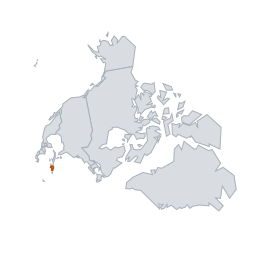 where Dominican Republic sits in North America, rotated 80°
{"feature_id": "DOM", "entity_name": "Dominican Republic", "entity_type": "country or territory", "adm_level": 0, "iso_a3": "DOM", "parent_name": "North America", "parent_adm1": "", "projection": "mercator", "projection_center": [-70.506, 18.775], "detail": "fine", "context": "in_parent", "style": "filled", "palette": "amber", "viewbox_px": 256, "rotation_deg": 80, "n_neighbors": 17, "source": "natural_earth", "source_scale": "50m", "svg_char_len": 9420}
<svg xmlns="http://www.w3.org/2000/svg" viewBox="0 0 256 256"><g transform="rotate(80 128 128)"><path d="M90.3,164.2L86.9,161.5L84.7,160.7L84.2,157.8L80.9,153.8L81.5,150.3L74.9,141.4L72.5,143.5L68.1,140.1L68.1,112.6L73.6,115.4L82.6,112.4L83.8,109.9L86.7,113.4L88.4,111.0L88.5,113.7L92.0,112.3L99.6,115.4L101.2,117.1L99.5,118.8L101.7,119.4L106.0,118.5L107.3,120.4L108.7,118.8L107.4,117.4L108.2,116.3L110.7,115.8L116.4,119.6L120.1,119.1L120.0,117.1L121.0,116.5L122.9,117.6L122.9,120.7L125.2,114.9L122.5,111.3L122.6,107.2L124.0,104.4L126.9,106.7L128.6,110.9L127.5,112.7L129.7,113.4L129.7,116.9L131.4,114.2L132.8,116.4L132.5,118.8L133.6,121.0L135.8,115.8L135.9,112.0L139.4,112.8L141.1,114.5L140.2,118.0L140.9,121.3L135.6,123.0L133.7,128.3L129.5,131.5L125.2,138.7L124.7,143.4L126.5,143.8L127.6,147.7L139.8,152.0L140.0,155.9L142.7,160.0L144.3,157.3L142.8,153.0L146.8,148.9L144.4,143.8L145.9,141.3L144.9,135.0L150.1,134.7L155.3,138.3L155.7,143.4L157.7,145.1L161.4,140.1L165.3,148.0L164.8,149.4L170.3,153.1L172.2,155.9L172.3,158.2L167.0,161.9L159.2,161.9L153.5,168.2L160.9,163.8L162.0,164.7L160.8,165.9L161.6,169.2L163.2,170.1L165.2,169.8L166.4,167.8L167.3,169.8L160.5,173.9L159.6,173.7L159.5,172.3L161.6,170.9L158.3,171.1L157.5,167.7L155.8,167.1L153.0,171.4L148.9,171.4L139.6,177.0L138.8,176.5L140.0,173.8L139.5,170.8L132.4,165.5L128.4,165.8L124.5,163.5L90.3,164.2ZM137.7,134.7L138.6,133.4L140.3,133.5L138.9,135.4L137.7,134.7ZM142.9,100.9L141.6,97.1L147.2,100.8L144.6,100.6L142.9,100.9ZM143.0,136.8L142.7,134.8L143.5,135.4L143.0,136.8ZM126.0,91.3L125.3,93.1L122.1,91.5L124.5,88.0L126.0,91.3ZM125.7,78.2L122.9,78.0L122.5,76.4L125.0,76.5L125.7,78.2ZM119.9,70.1L123.6,72.9L121.5,76.3L119.9,70.1ZM142.8,91.5L127.4,91.9L125.7,84.7L121.7,82.4L128.4,82.2L131.4,88.2L141.2,87.7L142.8,91.5ZM102.7,75.1L106.2,75.4L101.7,77.0L102.7,75.1ZM104.1,70.2L106.4,71.8L102.9,73.0L104.1,70.2ZM172.4,159.8L171.0,162.7L175.0,163.7L174.6,165.1L175.5,164.8L176.0,166.9L175.5,168.5L174.2,168.2L174.1,166.5L172.7,168.1L171.6,166.7L167.9,166.8L170.3,161.0L172.4,159.8ZM135.4,125.5L140.7,130.5L142.5,131.2L138.8,130.2L135.9,133.1L133.8,131.7L135.4,125.5ZM141.7,103.9L145.3,101.1L156.3,109.7L158.5,114.5L156.3,116.0L164.8,122.1L162.3,127.6L158.8,123.5L157.3,123.9L157.1,125.6L161.3,132.1L160.9,134.1L156.3,131.2L159.5,136.0L156.2,135.0L148.9,128.6L144.4,128.9L145.2,126.7L150.0,126.3L151.6,120.7L150.8,118.2L143.9,111.0L132.0,110.1L131.0,108.8L132.3,107.1L130.5,107.1L130.2,103.2L132.4,97.8L135.5,96.6L134.6,99.4L135.6,102.0L139.8,96.8L141.9,101.2L141.7,103.9ZM123.1,98.2L127.5,95.3L129.8,96.4L123.8,103.9L123.1,98.2ZM90.3,85.7L94.9,78.2L98.4,77.5L97.3,83.6L90.3,85.7ZM77.8,155.6L79.4,154.1L79.1,156.5L80.1,158.1L77.8,155.6ZM111.5,67.3L117.2,70.5L118.6,75.9L111.9,73.1L113.1,71.3L111.5,67.3ZM89.5,165.1L86.9,164.5L83.6,160.8L86.7,161.8L89.5,165.1ZM87.8,94.4L96.8,94.9L99.2,98.0L94.7,102.0L93.2,106.5L90.0,108.3L86.5,104.6L89.0,97.1L87.8,94.4ZM106.5,82.2L111.2,88.9L103.3,93.9L101.3,92.5L103.8,90.4L96.6,90.1L99.4,83.8L107.1,88.9L105.4,84.1L106.5,82.2ZM107.9,99.7L111.6,101.4L112.7,108.0L116.9,113.1L114.9,113.4L115.2,115.9L110.9,114.5L101.9,116.7L97.0,111.8L103.0,110.3L96.3,109.7L95.7,108.3L98.5,106.8L94.5,105.8L99.6,98.7L100.9,99.5L100.3,101.5L106.1,100.2L108.2,105.5L108.8,103.8L107.9,99.7ZM117.7,101.3L116.3,98.5L121.4,96.8L120.6,100.1L122.4,101.9L122.2,105.4L120.2,106.9L115.1,102.1L117.7,101.3ZM110.1,97.5L111.8,97.3L112.7,98.3L111.6,101.0L110.1,97.5ZM115.1,84.6L121.0,85.0L120.4,91.2L115.1,88.5L115.1,84.6ZM122.2,61.5L127.5,53.1L135.5,67.1L131.6,73.7L126.9,73.4L125.6,70.9L126.6,66.8L122.2,61.5ZM128.5,47.8L143.5,36.2L164.8,41.1L157.7,51.1L160.4,51.1L153.4,64.0L146.4,67.2L148.1,68.0L147.2,69.2L148.2,72.3L142.9,79.9L145.2,82.2L141.9,85.4L131.0,83.9L133.1,80.1L132.5,76.0L136.5,78.1L132.9,73.2L136.4,67.0L134.2,60.8L140.4,59.2L133.3,58.8L128.5,47.8ZM148.5,120.2L146.3,121.3L146.0,119.8L147.6,117.5L148.5,120.2ZM120.4,111.1L123.5,114.7L122.7,115.9L118.4,113.7L120.4,111.1ZM161.5,162.6L163.6,162.9L164.8,164.0L162.7,163.5L161.5,162.6ZM162.1,167.8L162.6,168.7L164.6,168.8L163.5,169.7L162.0,168.9L162.1,167.8Z" fill="#d9dde1" stroke="#a8b0b8" stroke-width="1"/><path d="M90.3,164.2L124.5,163.5L128.4,165.8L132.4,165.5L139.5,170.8L139.3,177.0L148.9,171.4L153.0,171.4L155.8,167.1L157.5,167.7L158.5,171.7L154.7,173.6L153.8,175.9L154.9,177.0L150.3,178.2L152.5,178.2L150.0,178.5L148.8,181.3L148.1,180.5L148.7,182.2L147.6,184.0L147.1,181.0L147.1,182.7L146.3,182.4L147.8,186.5L141.0,192.6L142.6,198.9L142.2,201.2L140.5,200.3L138.1,194.7L136.4,195.1L134.8,194.0L130.9,194.4L131.1,195.8L124.7,195.3L121.7,197.6L121.2,200.4L119.4,199.6L117.0,195.5L113.4,195.6L110.2,192.1L104.7,192.7L100.2,190.7L97.3,191.0L95.6,188.8L93.0,187.9L88.4,179.2L89.0,170.5L88.0,165.7L90.0,166.0L90.6,167.7L90.3,164.2ZM68.1,112.6L68.1,140.1L72.5,143.5L74.9,141.4L81.5,150.3L80.9,152.7L76.6,145.4L73.5,145.1L69.5,142.0L60.7,138.7L59.3,139.2L59.5,140.9L55.0,142.9L56.4,137.7L52.2,142.5L53.1,143.6L52.0,145.3L46.8,150.1L38.9,153.2L46.5,147.9L48.5,143.5L42.5,144.1L41.8,140.9L38.4,139.6L37.4,137.1L37.9,135.7L39.3,132.8L44.0,131.1L43.1,129.3L44.0,128.2L38.9,129.2L35.0,125.7L39.4,122.9L42.9,124.3L36.7,117.3L37.3,115.5L49.1,106.6L68.1,112.6ZM30.6,131.1L32.1,131.3L34.3,132.4L33.3,133.3L30.6,131.1ZM49.7,208.5L51.3,208.7L50.2,209.5L49.7,208.5ZM49.1,206.8L49.3,207.4L48.9,206.9L49.1,206.8ZM48.3,206.5L48.8,206.7L48.2,206.7L48.3,206.5ZM47.2,206.4L47.8,206.4L47.7,206.5L47.2,206.4ZM45.4,205.2L45.6,205.6L45.2,205.4L45.4,205.2ZM35.8,140.4L38.0,140.2L38.1,141.1L35.8,140.4ZM51.4,146.9L54.5,146.6L51.6,147.9L51.4,146.9Z" fill="#d9dde1" stroke="#a8b0b8" stroke-width="1"/><path d="M152.7,208.5L152.7,210.6L149.4,210.3L152.0,209.8L150.9,208.2L152.7,208.5Z" fill="#d9dde1" stroke="#a8b0b8" stroke-width="1"/><path d="M144.0,199.6L145.2,199.0L145.3,199.4L144.0,199.6ZM145.3,198.7L146.3,199.3L146.1,200.3L145.9,199.4L145.3,198.7ZM144.6,202.1L145.2,201.3L145.6,203.2L144.6,202.1Z" fill="#d9dde1" stroke="#a8b0b8" stroke-width="1"/><path d="M183.2,41.2L193.2,31.8L207.2,32.1L214.9,40.2L201.4,45.1L213.4,49.2L212.0,54.0L221.1,47.7L225.4,52.9L215.8,61.3L218.7,61.7L216.3,70.9L216.3,77.5L217.8,81.1L213.8,83.0L216.1,85.8L216.4,90.0L215.1,90.4L216.7,94.4L211.5,98.7L213.1,103.4L210.0,102.8L213.3,106.2L213.8,109.2L211.6,109.9L209.1,106.3L209.5,108.9L208.1,110.8L213.0,111.1L191.7,126.3L190.0,131.9L188.0,134.1L188.5,136.1L187.3,140.7L181.4,138.8L177.3,131.5L174.4,121.0L178.2,111.9L173.5,113.0L173.9,108.6L177.6,109.5L172.1,105.5L173.5,101.7L168.8,88.7L156.7,86.0L153.1,81.0L158.8,79.0L150.8,75.1L160.1,66.7L160.5,64.3L157.2,61.7L164.3,52.6L163.8,48.9L178.8,42.9L185.9,49.8L183.2,41.2Z" fill="#d9dde1" stroke="#a8b0b8" stroke-width="1"/><path d="M97.3,191.0L100.2,190.7L104.7,192.7L110.2,192.1L113.4,195.6L116.2,194.9L119.4,199.6L121.7,200.3L120.8,204.9L123.2,209.6L125.0,210.5L128.7,209.6L130.1,206.8L134.0,206.1L133.0,210.4L129.2,210.9L128.6,211.7L129.8,213.2L128.3,213.2L127.7,215.1L125.7,213.3L122.4,213.7L113.9,210.3L111.5,208.2L110.8,204.5L103.3,196.1L102.1,193.0L100.0,192.6L106.7,203.7L106.2,204.4L103.3,201.9L103.2,200.1L99.8,197.8L100.9,196.6L97.3,191.0Z" fill="#d9dde1" stroke="#a8b0b8" stroke-width="1"/><path d="M145.9,222.4L145.2,224.2L143.7,222.0L141.5,224.2L139.1,223.2L139.0,221.4L140.9,222.3L143.8,221.3L145.9,222.4Z" fill="#d9dde1" stroke="#a8b0b8" stroke-width="1"/><path d="M139.5,221.3L139.0,223.0L135.7,220.9L135.4,219.7L138.2,219.6L139.5,221.3Z" fill="#d9dde1" stroke="#a8b0b8" stroke-width="1"/><path d="M138.2,219.6L135.6,219.4L133.3,217.1L136.6,214.8L138.8,214.5L138.2,219.6Z" fill="#d9dde1" stroke="#a8b0b8" stroke-width="1"/><path d="M138.8,214.5L136.6,214.8L133.7,217.1L131.2,215.2L133.0,213.4L136.5,213.3L138.8,214.5Z" fill="#d9dde1" stroke="#a8b0b8" stroke-width="1"/><path d="M131.2,215.2L133.2,216.0L133.0,216.8L130.3,216.1L131.2,215.2Z" fill="#d9dde1" stroke="#a8b0b8" stroke-width="1"/><path d="M127.7,215.1L128.3,213.2L129.8,213.2L128.6,211.7L129.2,210.9L131.5,210.9L131.3,213.4L132.6,213.6L131.2,215.2L130.3,216.1L127.7,215.1Z" fill="#d9dde1" stroke="#a8b0b8" stroke-width="1"/><path d="M131.5,210.9L132.7,210.2L131.7,213.4L131.3,213.4L131.5,210.9Z" fill="#d9dde1" stroke="#a8b0b8" stroke-width="1"/><path d="M158.4,210.0L160.2,210.4L158.3,210.8L158.4,210.0Z" fill="#d9dde1" stroke="#a8b0b8" stroke-width="1"/><path d="M144.6,210.4L146.4,210.2L147.3,210.8L144.6,210.4Z" fill="#d9dde1" stroke="#a8b0b8" stroke-width="1"/><path d="M139.8,203.9L144.6,204.8L149.7,207.7L145.4,208.3L146.2,207.6L144.2,206.0L140.4,204.7L136.5,205.6L139.8,203.9Z" fill="#d9dde1" stroke="#a8b0b8" stroke-width="1"/><path d="M164.7,220.7L166.0,219.7L165.9,220.6L164.7,220.7Z" fill="#d9dde1" stroke="#a8b0b8" stroke-width="1"/><path d="M152.7,210.6L152.7,210.4L152.5,210.2L152.4,209.9L152.6,209.9L152.7,209.7L152.6,209.4L152.8,209.2L152.7,209.0L152.7,208.9L152.7,208.5L152.7,208.4L152.8,208.3L152.9,208.2L153.1,208.2L153.3,208.3L153.5,208.3L153.7,208.2L153.8,208.3L154.0,208.4L154.3,208.4L154.5,208.5L154.8,208.5L155.0,208.6L155.0,208.8L155.2,209.0L155.7,209.0L155.8,209.1L155.7,209.1L155.4,209.1L155.3,209.3L155.6,209.3L155.9,209.4L156.0,209.4L156.4,209.5L156.7,209.8L156.8,209.8L156.8,210.0L156.7,210.2L156.5,210.3L156.4,210.4L156.1,210.2L155.7,210.1L155.4,210.2L155.1,210.1L154.8,210.2L154.8,210.3L154.7,210.3L154.2,210.4L153.9,210.3L153.7,210.3L153.5,210.5L153.3,210.9L153.2,211.1L152.9,211.0L152.8,210.9L152.7,210.7L152.7,210.6Z" fill="#f59e0b" stroke="#b45309" stroke-width="1.5"/></g></svg>